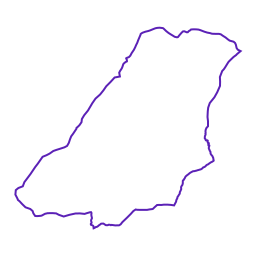 the district of Gangte, Wangdi Phodrang, Bhutan
{"feature_id": "84629894B80230099066149", "entity_name": "Gangte", "entity_type": "district", "adm_level": 2, "iso_a3": "BTN", "parent_name": "Bhutan", "parent_adm1": "Wangdi Phodrang", "projection": "robinson", "projection_center": [90.148, 27.468], "detail": "fine", "context": "isolated", "style": "outline", "palette": "violet", "viewbox_px": 256, "rotation_deg": 0, "n_neighbors": 0, "source": "geoboundaries", "source_scale": "gbopen_adm2", "svg_char_len": 4741}
<svg xmlns="http://www.w3.org/2000/svg" viewBox="0 0 256 256"><path d="M174.1,205.4L176.1,201.6L176.3,200.3L176.5,199.7L176.8,199.1L177.2,198.6L177.3,198.0L177.4,197.4L177.6,196.8L178.0,196.3L178.4,195.8L178.7,195.2L179.0,194.7L179.4,194.2L179.7,193.7L179.8,193.1L179.8,192.4L180.0,191.8L180.3,191.3L180.7,190.3L181.0,189.8L181.2,189.2L181.2,188.6L181.1,188.1L181.1,187.4L181.2,186.8L181.5,186.2L181.8,185.7L182.2,185.2L182.5,184.7L182.6,184.0L182.8,183.4L182.8,182.8L182.8,182.2L182.8,181.5L182.8,180.9L183.1,180.3L183.6,180.0L184.0,179.5L184.2,178.9L184.6,178.5L184.9,177.9L185.2,177.3L185.4,176.8L185.8,176.3L186.3,175.9L187.1,175.2L187.6,174.8L188.1,174.5L188.6,174.1L189.0,173.7L189.5,173.3L190.0,172.9L190.5,172.6L191.0,172.3L191.6,172.0L192.1,171.7L192.7,171.4L193.2,171.2L193.9,171.2L194.5,171.1L195.0,171.0L195.6,170.8L196.2,170.7L196.8,170.5L197.4,170.3L198.0,170.1L198.6,170.0L199.1,169.8L199.7,169.6L200.3,169.5L200.9,169.3L201.4,169.0L201.9,168.7L202.4,168.3L202.8,167.8L203.2,167.4L203.8,167.2L204.4,167.0L204.9,166.7L205.4,166.3L205.8,165.9L206.2,165.4L206.7,165.0L207.2,164.7L207.8,164.5L208.3,164.2L208.8,163.8L209.3,163.4L209.8,163.1L210.3,162.7L210.8,162.4L211.4,162.1L211.9,161.9L213.0,161.2L213.5,160.9L213.7,160.3L213.5,159.7L213.4,159.1L213.3,158.5L213.2,157.8L212.9,157.3L212.7,156.7L212.4,156.1L212.0,155.6L211.6,155.1L211.2,154.7L210.9,154.2L210.6,153.6L210.5,153.0L210.5,152.3L210.4,151.7L210.1,151.2L209.7,150.7L209.5,150.1L209.4,149.5L209.0,149.0L208.8,148.4L208.8,147.8L208.9,147.2L209.2,146.6L209.0,145.9L209.3,145.4L209.0,145.0L208.4,145.1L208.3,144.4L208.4,143.8L208.8,143.4L208.6,142.9L208.0,142.8L207.9,142.2L207.5,141.8L207.6,141.2L207.7,140.6L207.2,140.3L206.6,140.4L205.9,140.3L205.6,139.8L205.5,139.2L205.2,138.8L204.8,138.4L204.8,137.8L204.8,137.1L204.9,136.5L205.0,135.9L205.3,135.3L205.5,134.7L205.6,134.1L205.4,133.5L205.6,133.0L205.6,132.3L205.5,131.7L205.5,131.1L205.6,130.4L205.7,129.8L205.9,129.2L206.2,128.6L206.4,128.0L206.8,127.6L207.2,127.1L207.6,126.7L208.0,126.2L208.0,121.2L207.5,117.0L207.6,114.8L207.8,111.0L208.2,107.6L209.8,103.0L214.4,97.3L217.2,92.3L220.0,85.9L220.1,81.6L219.9,77.0L220.9,74.4L222.2,71.0L223.8,69.3L225.1,67.4L227.5,63.5L228.6,61.8L230.5,59.9L233.5,57.0L234.7,56.1L236.1,55.1L236.9,54.2L240.6,51.1L237.8,49.7L236.6,48.0L235.9,44.8L235.1,43.0L233.6,41.7L229.6,40.6L227.8,39.3L225.6,37.5L222.6,35.6L220.8,34.3L219.1,33.9L217.4,33.9L213.3,33.8L211.9,33.7L210.0,33.1L207.3,32.6L204.4,31.7L200.5,30.2L198.6,29.6L196.6,29.4L193.5,29.3L191.0,29.5L190.2,30.3L189.1,30.9L188.4,31.5L187.8,32.2L186.8,32.3L184.4,31.3L183.0,31.4L181.7,32.6L179.5,35.1L177.9,37.1L177.0,37.3L174.7,36.8L172.8,35.6L170.8,34.4L168.6,33.0L166.2,31.1L163.4,28.4L162.8,28.1L161.2,27.9L159.6,27.7L157.1,27.9L155.3,28.3L153.0,29.2L150.1,30.4L148.3,31.0L145.4,31.7L142.6,32.7L141.4,33.4L140.7,34.0L140.5,34.8L139.7,36.7L138.5,39.5L138.0,40.7L137.3,42.7L136.0,45.3L135.3,47.0L134.5,48.6L133.9,49.8L131.6,53.2L130.3,55.7L128.9,57.1L128.1,57.4L127.0,57.8L126.2,58.3L126.9,60.1L126.9,61.4L125.6,62.0L124.6,62.8L123.6,63.7L123.2,64.4L122.5,66.6L122.0,67.9L121.2,69.3L120.1,70.9L119.2,72.7L119.9,76.5L118.3,76.8L114.6,77.5L110.5,82.0L106.3,86.2L103.4,90.4L100.1,94.5L95.5,98.6L92.3,103.2L88.0,110.5L84.2,115.2L81.9,119.0L81.5,122.2L79.5,125.1L78.0,126.6L76.5,127.9L76.4,128.8L73.0,133.9L71.2,136.3L70.0,139.3L68.8,142.9L67.1,145.9L64.5,147.3L59.6,148.9L56.4,149.9L53.3,151.0L49.6,153.6L46.5,155.2L42.6,156.8L37.7,163.8L35.3,166.9L30.5,174.0L26.6,179.2L24.4,182.1L22.8,186.3L18.4,188.0L15.8,190.1L15.4,194.6L17.5,198.7L17.9,199.9L19.5,201.2L22.2,204.1L25.5,207.3L30.3,209.0L32.6,211.0L33.4,213.4L35.2,216.0L37.3,216.1L40.9,215.8L41.9,215.5L45.0,213.8L47.6,213.2L52.3,213.1L56.2,213.4L58.8,214.8L63.7,216.5L69.5,214.8L75.4,213.5L79.9,213.4L84.6,213.9L86.7,213.2L90.2,212.2L91.1,212.2L91.5,213.0L91.4,214.1L91.3,214.8L91.4,215.4L91.5,216.0L91.6,216.6L91.8,217.2L91.9,217.8L91.9,218.5L91.6,219.0L91.3,219.6L91.1,220.2L91.1,220.8L91.2,221.4L91.5,222.0L91.6,222.6L91.4,223.2L90.9,223.6L90.8,224.2L91.0,224.8L91.6,225.0L92.1,225.2L92.7,225.5L93.2,225.9L93.5,226.4L93.6,227.0L93.5,227.7L93.6,228.3L94.1,228.1L94.7,227.8L95.2,227.5L95.7,227.1L96.2,227.0L96.8,226.9L97.3,226.6L97.8,226.3L98.3,225.9L98.7,225.5L99.2,225.1L99.7,224.8L100.3,224.4L100.9,223.8L101.8,223.6L102.6,223.6L103.5,223.6L105.7,225.1L106.5,225.2L107.5,225.2L108.2,225.0L108.8,224.7L109.8,224.8L110.3,224.9L110.9,225.2L111.6,224.9L115.2,225.4L119.1,225.3L120.7,224.3L122.3,222.2L126.9,217.8L130.8,213.9L133.4,211.0L135.7,209.5L137.1,209.8L141.8,209.9L146.9,209.9L149.6,209.4L152.2,209.1L153.0,208.8L154.4,207.4L157.1,205.0L159.9,204.9L161.0,205.0L163.6,204.7L168.0,204.7L170.9,204.9L174.1,205.4Z" fill="none" stroke="#5b21b6" stroke-width="2"/></svg>